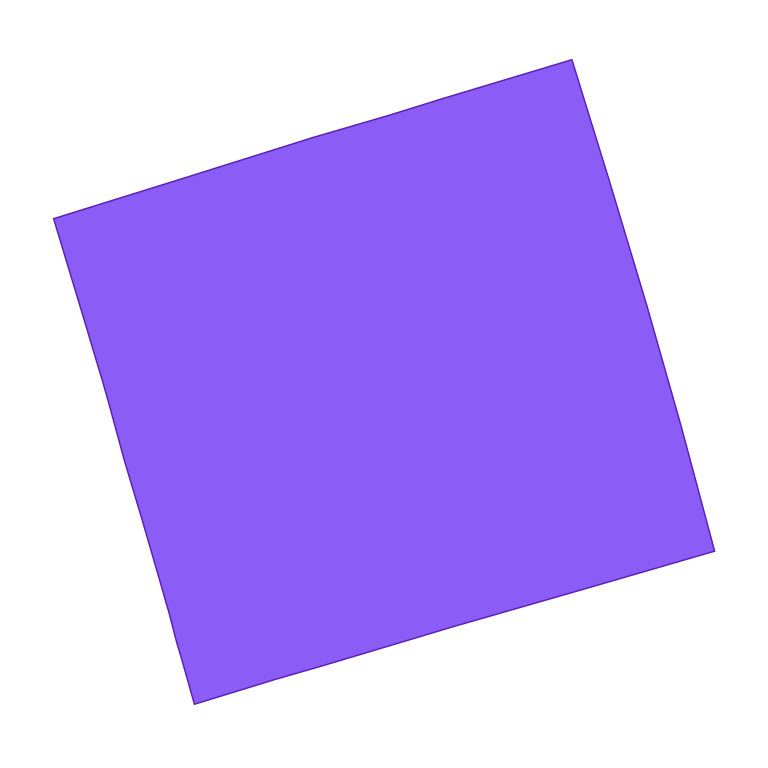 Waukesha, Wisconsin, United States of America, rotated 163°
{"feature_id": "52423323B1729669151935", "entity_name": "Waukesha", "entity_type": "district", "adm_level": 2, "iso_a3": "USA", "parent_name": "United States of America", "parent_adm1": "Wisconsin", "projection": "natural_earth1", "projection_center": [-88.197, 43.019], "detail": "fine", "context": "isolated", "style": "filled", "palette": "violet", "viewbox_px": 768, "rotation_deg": 163, "n_neighbors": 0, "source": "geoboundaries", "source_scale": "gbopen_adm2", "svg_char_len": 555}
<svg xmlns="http://www.w3.org/2000/svg" viewBox="0 0 768 768"><g transform="rotate(163 384 384)"><path d="M651.6,638.7L652.0,524.7L652.1,513.1L652.3,480.6L652.3,470.8L652.7,449.8L653.0,439.2L654.6,387.8L654.7,377.4L655.0,325.6L655.0,324.7L655.8,269.1L655.9,260.5L656.4,236.7L656.4,229.8L657.8,197.1L657.9,180.2L658.9,133.2L575.1,133.3L522.5,132.5L387.2,131.7L251.9,129.4L116.7,127.5L112.2,255.6L109.7,383.5L109.1,511.7L109.5,639.2L244.5,639.8L300.3,639.5L379.8,640.5L515.9,639.4L651.6,638.7Z" fill="#8b5cf6" stroke="#5b21b6" stroke-width="1.5"/></g></svg>